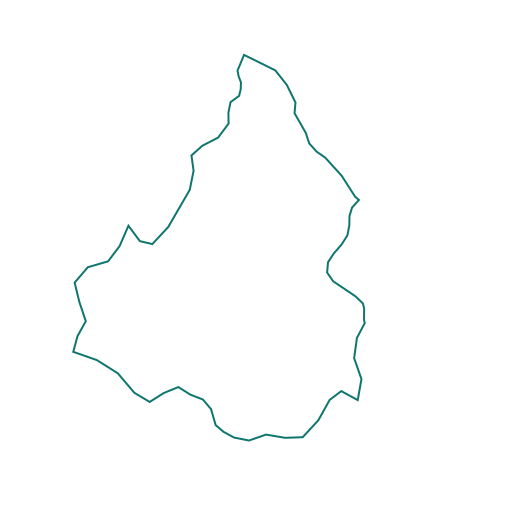 the border of Ntungamo, rotated 295°
{"feature_id": "UGA-3372", "entity_name": "Ntungamo", "entity_type": "District", "adm_level": 1, "iso_a3": "UGA", "parent_name": "Uganda", "parent_adm1": "", "projection": "orthographic", "projection_center": [30.302, -0.955], "detail": "fine", "context": "isolated", "style": "outline", "palette": "teal", "viewbox_px": 512, "rotation_deg": 295, "n_neighbors": 0, "source": "natural_earth", "source_scale": "10m", "svg_char_len": 1066}
<svg xmlns="http://www.w3.org/2000/svg" viewBox="0 0 512 512"><g transform="rotate(295 256 256)"><path d="M350.3,325.6L340.5,322.6L331.8,323.8L323.3,327.6L313.3,330.1L302.5,328.7L291.5,325.5L280.9,323.9L271.1,327.4L265.7,336.6L261.5,363.1L258.2,372.9L254.3,376.1L243.6,381.0L241.2,382.9L240.8,382.9L224.4,382.1L204.9,388.1L189.0,403.6L168.4,409.1L169.6,390.4L156.8,383.6L133.4,381.9L111.5,374.9L103.5,359.2L98.4,340.6L85.8,327.6L82.2,312.8L82.9,301.0L85.7,290.9L98.2,280.0L103.5,268.5L102.6,255.1L104.4,241.0L92.8,230.3L78.8,221.3L80.6,203.6L91.3,180.3L94.4,155.6L91.9,130.9L107.9,128.1L125.0,129.3L139.6,115.4L155.2,102.9L174.7,108.3L188.7,124.2L207.3,128.2L229.5,127.6L220.4,144.5L223.0,157.0L245.2,164.2L288.0,168.0L306.9,163.4L319.9,155.0L333.3,160.8L347.3,171.6L364.4,175.2L374.3,170.4L384.7,167.9L394.0,173.0L400.6,171.7L407.0,169.0L411.3,164.5L416.2,160.9L433.2,160.2L432.4,195.0L424.1,211.6L411.8,226.9L401.7,230.6L388.6,249.1L380.5,256.7L376.2,266.9L374.4,277.2L364.9,299.8L351.6,320.8L350.3,325.6Z" fill="none" stroke="#0f766e" stroke-width="2"/></g></svg>